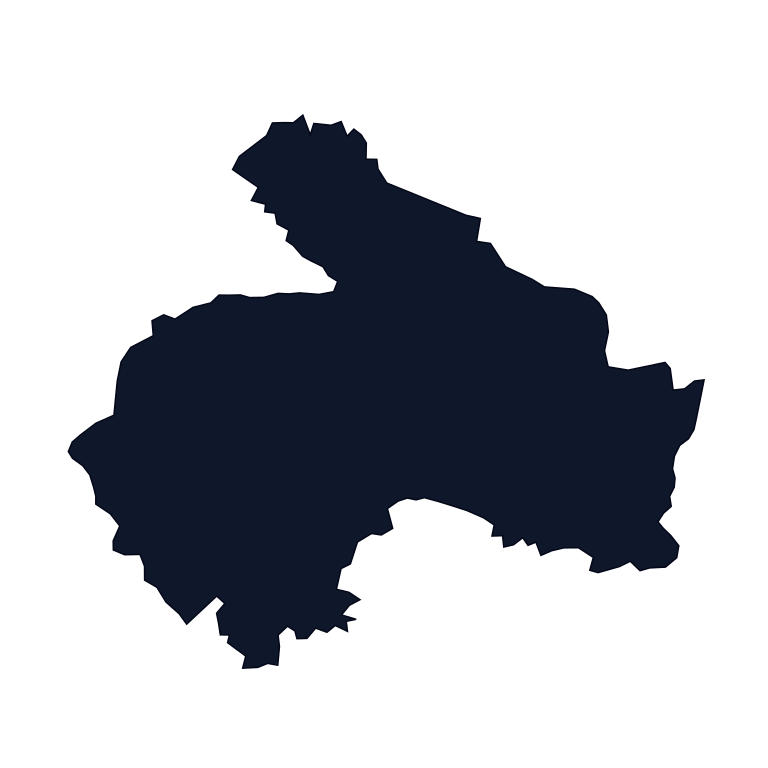 outline of Ernestina, Rio Grande do Sul, Brazil, rotated 266°
{"feature_id": "56859067B68568949891586", "entity_name": "Ernestina", "entity_type": "district", "adm_level": 2, "iso_a3": "BRA", "parent_name": "Brazil", "parent_adm1": "Rio Grande do Sul", "projection": "mercator", "projection_center": [-52.561, -28.425], "detail": "fine", "context": "isolated", "style": "filled", "palette": "ink", "viewbox_px": 768, "rotation_deg": 266, "n_neighbors": 0, "source": "geoboundaries", "source_scale": "gbopen_adm2", "svg_char_len": 2297}
<svg xmlns="http://www.w3.org/2000/svg" viewBox="0 0 768 768"><g transform="rotate(266 384 384)"><path d="M657.9,321.8L650.9,311.8L651.7,303.1L652.2,290.9L640.0,284.2L621.2,255.6L608.5,247.9L588.9,272.3L576.3,264.5L571.6,278.4L564.1,277.0L562.0,287.3L551.2,288.5L544.1,299.8L533.9,296.4L528.6,303.1L517.0,311.8L511.9,319.8L505.2,331.3L496.0,336.1L489.6,345.0L479.6,340.2L477.9,325.5L480.8,306.1L480.5,295.5L481.8,284.6L478.8,270.3L479.6,256.0L482.9,246.9L483.4,235.6L484.2,225.6L477.0,216.9L473.8,198.9L463.3,180.0L468.4,169.1L463.3,157.0L448.3,157.2L438.2,133.9L424.4,123.3L405.6,118.1L371.7,112.4L365.0,93.9L354.4,77.7L347.9,69.0L338.6,64.4L331.6,68.1L323.6,77.7L313.8,84.2L300.9,87.2L292.1,88.7L284.3,88.1L273.7,101.8L260.8,110.5L246.4,102.9L237.3,102.4L231.8,113.3L231.0,128.7L218.9,132.4L205.0,131.5L197.0,143.3L181.7,151.3L169.0,163.7L158.2,170.4L184.1,202.3L176.2,209.9L167.0,201.0L156.4,202.3L145.2,203.2L144.4,212.3L136.9,209.9L122.2,227.1L110.4,223.2L110.1,238.4L113.4,248.4L110.9,258.4L129.4,261.4L140.9,260.8L149.1,270.8L143.9,277.9L136.0,279.4L135.6,289.4L145.2,298.8L140.3,309.8L146.5,318.5L139.8,330.3L149.9,329.8L151.2,339.8L156.6,325.5L165.7,334.1L170.5,345.0L178.6,334.6L182.5,322.2L202.9,328.3L206.8,337.9L228.2,346.5L235.7,361.1L233.6,370.8L239.4,382.6L259.5,378.7L266.2,389.9L268.6,399.3L266.2,407.9L267.8,416.4L262.9,430.3L258.7,441.2L252.0,457.9L243.5,474.1L235.7,484.1L224.8,481.1L224.4,491.7L213.0,492.1L214.6,502.1L221.0,511.7L213.0,516.4L215.6,524.5L202.1,528.6L206.0,539.7L208.0,552.0L207.1,566.5L196.4,580.7L183.8,576.3L180.9,584.4L185.5,606.3L190.0,617.3L179.9,626.4L182.0,636.2L181.7,652.0L190.3,663.9L202.1,666.8L212.7,659.6L220.5,652.6L227.4,647.7L235.7,653.9L241.9,662.0L252.0,661.1L260.8,666.3L269.9,667.8L279.2,665.9L291.8,668.7L302.2,674.8L308.1,683.9L316.9,690.0L328.5,693.4L352.9,700.1L365.8,703.6L365.3,693.9L358.2,683.5L357.8,672.0L379.5,670.6L385.9,665.9L380.8,628.6L385.5,608.8L401.9,606.3L420.3,611.5L437.4,610.6L450.0,603.9L456.7,597.8L465.3,580.6L469.7,550.7L478.0,539.2L492.5,513.4L516.8,500.0L519.8,486.3L542.4,491.7L546.7,477.4L584.3,400.8L598.9,393.0L608.6,392.5L609.5,381.7L625.6,383.2L634.1,378.7L640.4,371.7L633.8,364.5L648.8,359.6L645.8,349.3L648.8,332.2L637.8,327.8L657.9,321.8Z" fill="#0f172a" stroke="#020617" stroke-width="1.5"/></g></svg>